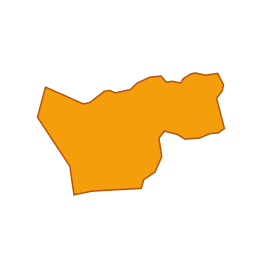 Tonj North, Warrap, South Sudan, rotated 199°
{"feature_id": "79223893B57741024830751", "entity_name": "Tonj North", "entity_type": "district", "adm_level": 2, "iso_a3": "SSD", "parent_name": "South Sudan", "parent_adm1": "Warrap", "projection": "orthographic", "projection_center": [28.767, 8.246], "detail": "fine", "context": "isolated", "style": "filled", "palette": "amber", "viewbox_px": 256, "rotation_deg": 199, "n_neighbors": 0, "source": "geoboundaries", "source_scale": "gbopen_adm2", "svg_char_len": 612}
<svg xmlns="http://www.w3.org/2000/svg" viewBox="0 0 256 256"><g transform="rotate(199 128 128)"><path d="M218.1,122.9L217.1,108.7L170.5,72.9L157.3,47.2L141.5,56.6L95.8,75.2L96.3,84.4L88.2,95.1L86.8,112.0L95.4,128.4L92.6,136.9L79.4,138.0L70.7,136.0L57.2,141.7L48.5,149.5L41.1,152.7L36.7,158.9L53.9,184.9L51.0,193.9L51.7,199.9L61.1,208.8L71.8,203.2L82.5,201.9L86.6,199.2L91.9,192.5L92.9,187.7L101.2,186.6L106.9,183.9L113.7,187.9L124.0,183.1L134.0,173.4L138.3,165.1L151.8,156.9L157.5,157.6L162.4,154.9L172.4,139.6L178.1,136.2L219.3,139.8L218.1,122.9Z" fill="#f59e0b" stroke="#b45309" stroke-width="1.5"/></g></svg>